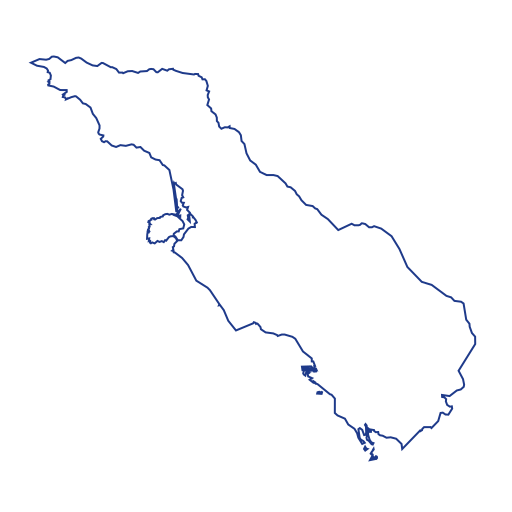 outline of Nelson City, Nelson City, New Zealand, rotated 267°
{"feature_id": "76426892B89864020181471", "entity_name": "Nelson City", "entity_type": "district", "adm_level": 2, "iso_a3": "NZL", "parent_name": "New Zealand", "parent_adm1": "Nelson City", "projection": "robinson", "projection_center": [173.399, -41.222], "detail": "fine", "context": "isolated", "style": "outline", "palette": "blue", "viewbox_px": 512, "rotation_deg": 267, "n_neighbors": 0, "source": "geoboundaries", "source_scale": "gbopen_adm2", "svg_char_len": 6025}
<svg xmlns="http://www.w3.org/2000/svg" viewBox="0 0 512 512"><g transform="rotate(267 256 256)"><path d="M156.6,470.3L164.0,470.6L167.8,467.6L174.1,465.7L177.2,465.6L181.4,462.6L197.7,460.8L199.6,458.4L200.8,451.8L204.5,448.7L206.2,444.1L217.9,430.0L221.5,420.2L237.1,406.6L255.5,399.6L268.7,392.4L276.8,382.5L279.6,375.5L278.6,373.2L278.8,370.4L282.2,366.8L283.0,364.1L283.1,363.2L281.7,361.6L281.3,360.0L281.5,356.0L283.2,353.2L277.6,339.5L289.1,329.7L293.8,323.5L299.6,319.6L300.4,317.6L302.9,315.2L304.4,308.7L309.3,304.3L313.3,302.2L315.5,299.9L318.9,298.4L322.8,294.2L323.7,291.0L327.0,289.3L334.7,281.8L335.9,277.7L336.3,270.8L339.8,264.4L347.2,260.6L351.7,255.2L359.0,251.9L368.4,250.3L371.6,247.6L377.4,247.2L380.5,245.5L384.0,241.2L385.2,236.4L386.9,236.4L385.9,234.4L386.2,231.6L384.9,228.1L387.2,226.0L391.0,225.5L392.8,224.0L396.3,224.1L399.5,223.0L402.9,219.1L405.7,218.9L409.3,215.3L414.8,217.3L417.0,216.2L419.3,216.2L422.8,217.8L424.0,215.3L428.4,216.8L433.4,215.6L435.2,214.2L435.2,211.8L437.3,211.1L439.0,208.1L440.7,207.7L441.0,204.6L440.5,203.6L442.6,192.3L445.1,185.7L446.4,183.1L447.3,182.9L447.0,178.8L445.7,177.1L447.8,172.1L444.6,167.5L444.8,166.1L447.9,163.4L448.3,161.1L448.1,159.2L446.4,156.8L446.3,150.1L445.0,147.8L447.2,142.0L447.2,137.6L445.5,132.9L446.1,132.3L446.3,128.8L450.0,126.3L452.1,122.3L452.1,120.9L456.7,113.3L456.9,111.9L454.0,107.5L454.9,102.8L458.0,97.0L462.3,91.8L463.5,89.3L463.3,86.7L461.3,81.8L460.7,78.1L458.7,75.6L464.8,68.4L465.8,64.6L465.7,62.5L463.6,59.8L463.0,56.7L464.0,50.1L460.8,41.4L457.5,47.2L455.9,54.1L454.2,56.8L452.1,58.0L450.5,57.6L449.8,59.6L447.0,60.6L443.3,60.0L442.3,58.1L441.2,58.7L440.8,57.8L439.9,58.8L438.9,58.7L438.0,57.4L437.2,57.5L435.8,62.8L432.0,69.1L431.6,75.6L429.8,75.6L427.5,71.9L426.9,72.9L426.3,71.8L424.9,71.4L424.4,73.5L422.8,74.3L423.0,75.0L422.4,74.7L424.3,79.9L425.1,83.6L424.8,84.7L421.2,88.6L417.5,91.1L416.7,93.9L412.9,98.5L406.5,100.5L402.1,103.7L394.6,106.6L391.5,106.4L387.8,104.9L386.4,105.3L385.5,106.1L384.4,109.9L383.3,109.7L381.1,107.1L378.7,108.2L377.6,110.2L378.5,111.8L378.3,113.4L373.9,117.7L372.2,122.0L373.8,126.4L372.8,131.8L374.0,137.5L373.5,139.6L370.5,142.3L370.9,146.3L367.0,149.8L364.5,154.9L360.0,156.5L357.6,160.7L356.7,164.7L351.7,167.7L351.3,169.2L346.4,174.0L326.8,177.1L304.9,178.7L304.7,180.0L307.4,179.6L308.6,180.8L309.8,179.8L316.7,179.7L318.1,179.1L332.9,177.7L333.5,177.9L332.6,178.4L333.1,179.7L331.6,180.0L326.5,186.1L324.9,186.5L320.6,185.4L318.4,186.4L317.9,184.8L314.8,183.7L313.2,184.7L312.9,186.7L310.4,185.5L309.3,186.0L308.1,188.8L308.5,190.7L305.7,189.6L302.6,192.3L301.7,192.1L300.2,190.0L297.5,190.3L296.2,189.6L293.9,191.7L300.1,191.4L301.0,193.1L298.7,195.2L297.8,195.0L297.6,195.8L295.2,197.5L291.8,199.0L292.5,198.1L291.4,196.4L288.1,196.5L288.4,192.8L286.9,189.9L281.4,185.2L278.8,184.6L275.6,182.2L275.8,178.8L279.7,176.5L280.9,174.8L282.5,175.1L284.7,178.2L284.6,180.1L286.8,180.9L287.4,184.8L291.3,186.0L294.7,184.5L298.9,180.4L299.9,181.5L299.4,182.4L300.4,182.5L299.7,179.7L300.7,177.4L301.5,180.3L307.2,183.4L301.4,178.5L302.4,174.1L301.8,171.6L302.7,169.7L302.5,167.6L301.5,165.4L300.4,165.0L300.0,162.5L299.1,162.0L299.0,159.3L297.7,157.1L298.0,156.2L299.1,156.1L299.2,154.8L298.7,153.4L297.8,153.5L296.5,150.6L295.6,150.3L295.4,151.5L294.2,151.4L293.3,152.2L293.3,151.1L290.9,151.3L290.6,150.5L289.0,150.6L288.2,149.6L286.7,149.2L287.1,150.4L286.3,150.7L286.2,149.9L285.1,150.1L284.8,149.0L283.7,148.6L278.9,148.1L279.2,150.3L276.9,149.8L277.2,150.4L276.7,151.1L275.0,150.7L274.2,151.7L275.0,153.0L273.9,155.5L276.2,158.4L275.1,160.4L275.8,162.7L274.7,164.6L276.6,166.1L276.0,167.1L279.4,170.0L280.1,171.7L280.2,174.5L278.0,177.0L275.1,178.1L272.5,175.2L269.9,174.6L269.2,173.4L266.6,173.8L265.7,172.6L265.1,174.0L264.0,174.0L263.7,175.2L257.9,182.1L250.5,187.7L234.5,195.1L226.9,205.9L224.3,208.2L209.8,216.9L208.7,216.4L208.9,217.5L203.6,221.0L192.8,224.9L182.7,232.1L188.9,249.6L190.0,250.4L189.3,252.0L188.2,252.5L188.6,253.4L188.2,254.1L184.9,256.7L182.6,257.1L179.2,261.6L177.8,269.2L175.9,273.0L175.0,273.5L176.2,277.6L176.1,280.4L173.4,288.1L171.3,290.9L158.2,297.9L150.8,306.3L147.8,306.2L147.7,307.7L143.1,309.2L143.0,308.4L140.6,308.9L140.4,310.0L139.0,310.5L140.3,307.4L142.9,305.3L143.1,296.1L138.7,296.5L141.2,297.3L141.1,299.2L140.8,306.1L139.7,307.0L138.4,309.9L137.6,309.9L137.5,308.2L137.7,307.4L139.1,307.0L139.3,298.0L136.4,297.0L135.2,297.5L134.0,299.0L137.7,300.2L137.2,302.9L136.7,301.6L136.9,303.2L136.5,303.1L136.2,301.4L133.0,301.8L131.1,305.6L129.6,303.1L126.8,306.3L127.4,306.5L126.5,307.6L127.5,307.4L126.6,308.6L125.9,308.4L124.7,310.9L114.1,322.6L113.5,324.2L109.5,327.3L95.1,326.5L92.5,329.1L88.9,336.3L82.9,339.3L78.3,345.3L73.7,347.7L69.2,348.7L62.8,352.2L63.8,354.8L65.5,353.6L67.2,351.0L69.0,350.0L77.7,349.2L78.7,350.7L76.8,353.0L71.5,354.6L71.7,356.0L73.9,356.8L79.9,356.9L81.6,356.0L82.4,356.6L81.0,357.6L71.8,357.9L68.8,356.8L66.7,357.2L65.6,358.9L62.0,361.6L61.6,362.7L63.0,363.5L63.8,361.5L66.4,359.9L71.5,358.6L78.2,358.8L76.5,360.7L74.4,360.7L74.4,361.6L76.7,361.6L76.0,364.7L75.1,364.8L73.8,366.4L73.8,368.8L71.7,369.0L70.5,370.4L69.9,373.1L67.7,376.8L67.9,381.0L66.2,386.4L60.7,391.5L55.6,391.9L73.1,410.7L72.5,411.0L73.4,412.7L74.6,413.0L76.3,414.9L76.0,421.4L75.0,422.2L81.6,429.3L89.6,432.1L89.8,434.3L87.8,436.9L87.5,439.8L93.3,443.9L95.6,443.7L95.4,441.7L97.3,439.1L100.9,438.0L103.1,438.4L105.0,436.7L105.5,434.5L107.5,434.5L106.0,442.0L111.2,449.5L112.0,453.5L114.5,456.6L116.7,457.1L122.2,456.3L130.8,452.3L156.6,470.3ZM50.7,362.0L46.2,359.2L47.1,365.3L48.0,366.3L49.2,366.2L49.5,365.9L49.6,365.7L48.0,365.5L49.0,364.6L47.0,362.8L46.7,360.2L47.0,361.6L48.8,363.1L49.3,362.5L48.2,361.3L49.8,362.0L51.6,362.1L52.9,360.7L55.4,362.0L52.6,360.2L50.7,362.0ZM116.2,314.0L117.1,312.1L116.7,310.3L115.4,309.9L114.9,314.3L117.3,315.1L116.2,314.0ZM57.5,357.2L57.9,356.1L59.9,355.0L57.7,353.8L56.0,354.9L57.5,357.2ZM57.3,363.3L56.3,362.6L55.8,362.7L56.6,363.4L57.3,363.3Z" fill="none" stroke="#1e3a8a" stroke-width="2"/></g></svg>